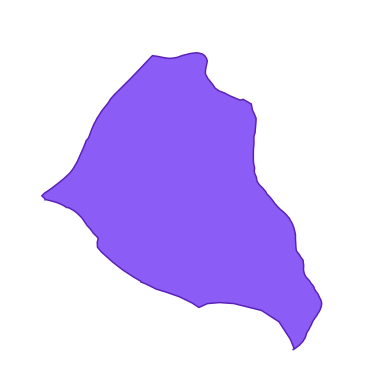 outline of Marisule/Bon Air, Gros Islet, Saint Lucia, rotated 190°
{"feature_id": "8701671B87551920719887", "entity_name": "Marisule/Bon Air", "entity_type": "district", "adm_level": 2, "iso_a3": "LCA", "parent_name": "Saint Lucia", "parent_adm1": "Gros Islet", "projection": "mercator", "projection_center": [-60.973, 14.051], "detail": "fine", "context": "isolated", "style": "filled", "palette": "violet", "viewbox_px": 384, "rotation_deg": 190, "n_neighbors": 0, "source": "geoboundaries", "source_scale": "gbopen_adm2", "svg_char_len": 4398}
<svg xmlns="http://www.w3.org/2000/svg" viewBox="0 0 384 384"><g transform="rotate(190 192 192)"><path d="M65.5,54.0L65.0,54.3L63.9,55.3L63.4,55.8L62.9,56.2L62.6,56.6L61.7,57.6L59.2,60.3L58.8,61.2L58.5,61.6L57.2,63.5L56.9,64.2L56.6,64.6L56.4,65.4L56.1,66.2L55.8,66.6L55.5,67.3L55.4,67.8L55.0,69.3L54.9,70.3L54.8,71.3L54.8,71.7L54.7,72.1L54.7,72.6L54.5,73.0L54.4,73.7L54.2,74.2L53.9,75.0L53.6,75.6L53.3,76.3L53.1,76.6L52.9,77.4L52.7,77.9L52.6,78.5L52.5,78.9L52.4,79.5L52.0,80.4L51.7,81.2L51.5,81.8L51.4,82.2L51.3,82.9L51.2,83.4L51.1,83.9L50.9,84.5L50.6,85.5L50.4,86.1L50.2,86.5L50.0,87.2L49.7,87.7L49.5,88.2L49.2,88.9L48.8,89.7L48.6,90.2L48.3,90.7L48.0,91.2L47.6,92.2L47.5,92.7L47.3,93.3L46.9,94.4L46.7,94.9L46.4,95.3L46.2,95.9L46.0,96.3L45.9,96.7L45.7,97.2L45.6,97.8L45.3,98.6L45.3,99.1L45.2,99.9L45.1,100.4L44.9,101.0L44.9,101.5L44.8,102.5L44.8,103.4L44.9,104.0L44.9,104.6L45.1,105.2L45.3,105.8L45.5,106.4L45.7,106.8L46.1,107.6L46.4,108.1L46.8,108.6L47.9,110.0L48.6,111.1L49.5,112.3L49.8,112.8L50.4,113.5L50.7,113.9L51.3,114.4L51.6,114.6L52.3,115.3L52.7,115.7L53.0,116.0L53.5,116.5L53.7,116.8L54.0,117.2L54.6,117.9L54.9,118.5L55.2,119.1L55.4,119.5L56.1,120.3L56.5,120.7L57.0,121.2L57.8,121.8L58.2,122.2L58.9,122.7L59.5,123.4L60.1,124.1L60.5,124.5L61.1,125.1L61.7,125.6L62.6,126.3L63.4,126.9L64.0,127.3L64.6,127.8L65.0,128.2L65.3,128.6L65.9,129.2L66.3,129.8L66.6,130.2L67.1,131.0L67.4,131.6L67.7,132.2L67.9,132.8L68.2,133.4L68.4,133.9L68.6,134.6L68.7,135.1L68.8,135.6L68.9,136.2L69.0,136.9L69.0,137.4L69.1,138.0L69.2,138.5L69.3,139.0L69.4,139.5L69.6,140.4L70.2,141.9L70.5,143.3L70.9,144.3L71.5,144.9L72.0,145.3L72.4,145.6L73.1,146.3L73.7,146.9L74.0,147.2L74.3,147.6L74.6,148.0L75.1,148.6L75.5,149.0L76.5,150.0L77.3,150.6L78.1,151.4L78.6,151.8L79.1,152.6L79.6,154.0L79.9,155.0L80.1,155.8L80.2,156.3L80.4,157.1L80.5,157.7L80.8,158.8L81.0,159.9L81.3,161.0L81.5,161.8L81.7,162.7L81.8,163.3L82.0,164.0L82.1,164.7L82.2,165.2L82.4,166.3L82.6,167.7L82.8,168.1L83.1,168.9L83.5,170.0L84.1,171.5L84.6,172.5L85.0,173.4L85.6,174.7L85.8,175.1L86.3,175.8L86.8,176.7L87.2,177.4L87.7,178.1L89.0,179.8L90.5,181.5L91.5,183.0L92.7,183.9L93.3,184.4L95.2,186.0L95.9,186.5L97.1,187.3L97.6,187.7L98.8,188.4L100.6,189.4L101.9,190.1L104.1,191.7L105.5,192.6L107.3,194.2L108.0,194.7L109.6,196.2L110.7,197.3L111.8,198.3L113.3,199.6L114.8,200.8L115.1,201.1L116.7,202.2L117.5,202.8L117.9,203.0L119.3,204.9L119.6,205.2L120.0,205.6L120.8,206.2L121.7,207.0L122.7,207.9L123.7,208.6L124.8,209.4L125.5,209.8L127.1,211.0L127.9,211.8L128.5,212.4L129.1,213.1L129.7,213.9L130.6,215.8L131.0,217.2L131.6,218.4L132.5,219.7L133.4,221.0L133.6,221.4L134.3,223.5L134.5,226.6L134.8,227.2L135.7,229.3L136.3,230.9L136.7,232.5L137.2,234.6L137.5,236.3L138.1,239.6L138.4,241.5L138.9,244.7L139.0,245.6L139.2,248.5L139.3,249.6L139.9,253.3L140.3,255.0L140.4,256.0L140.5,256.7L140.6,258.1L140.4,259.8L140.3,260.4L140.2,262.0L140.4,263.3L140.7,266.9L141.0,270.4L141.2,272.3L141.6,275.2L141.9,276.1L142.6,277.2L144.0,279.4L145.6,281.6L146.5,282.8L146.8,283.6L147.8,286.1L148.9,289.0L157.9,292.2L158.4,291.6L160.9,290.9L162.5,291.3L164.5,291.7L171.7,293.4L177.4,295.2L182.2,296.1L184.7,297.0L187.5,298.5L189.5,300.7L192.8,303.7L195.9,306.3L197.8,308.7L199.3,310.7L199.8,313.8L199.9,317.1L199.7,320.6L199.7,323.8L200.8,325.9L203.0,328.3L205.7,329.7L209.1,330.0L211.7,329.9L214.8,329.0L218.0,328.0L221.2,326.5L223.9,325.4L226.2,324.2L230.0,322.0L234.5,320.4L237.2,319.7L242.3,319.4L249.1,319.6L254.6,319.4L255.6,318.0L271.8,293.6L285.6,274.0L288.3,269.6L290.2,264.9L294.8,256.5L295.5,254.9L296.3,252.9L297.3,250.4L298.4,248.0L298.9,246.1L300.3,242.1L300.8,240.0L301.1,238.6L301.6,236.7L302.0,234.4L302.3,232.5L302.8,230.0L303.3,227.3L305.2,224.0L305.7,221.0L307.0,215.0L308.6,208.7L310.2,202.2L312.1,196.9L313.4,193.6L315.7,189.3L320.6,182.8L326.2,176.4L330.8,171.4L334.8,167.4L337.2,165.1L339.2,162.2L336.6,160.4L335.9,159.9L335.3,158.8L334.9,159.2L332.9,159.0L328.1,158.7L322.6,158.0L318.5,157.1L315.5,156.1L313.0,155.0L310.3,155.0L305.5,153.3L301.4,151.2L297.9,148.8L295.7,147.2L289.3,140.6L285.8,138.0L281.9,134.2L277.8,131.4L276.3,130.1L276.6,126.0L275.5,121.2L270.8,117.2L265.8,114.1L257.8,109.1L246.6,103.2L235.4,98.4L226.9,95.2L226.7,94.5L221.6,93.5L210.1,90.1L200.8,89.0L186.5,86.7L172.8,82.8L165.1,79.5L157.4,84.8L145.6,87.9L131.4,89.4L102.9,87.4L83.8,79.3L69.6,64.1L64.2,55.5L65.5,54.0Z" fill="#8b5cf6" stroke="#5b21b6" stroke-width="1.5"/></g></svg>